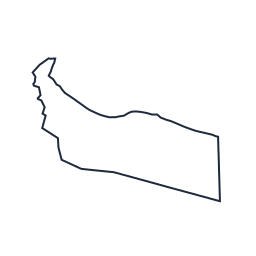 Faysal, As Suways, Egypt (Robinson projection), rotated 191°
{"feature_id": "37247803B30609980444918", "entity_name": "Faysal", "entity_type": "district", "adm_level": 2, "iso_a3": "EGY", "parent_name": "Egypt", "parent_adm1": "As Suways", "projection": "robinson", "projection_center": [32.277, 30.117], "detail": "fine", "context": "isolated", "style": "outline", "palette": "slate", "viewbox_px": 256, "rotation_deg": 191, "n_neighbors": 0, "source": "geoboundaries", "source_scale": "gbopen_adm2", "svg_char_len": 1165}
<svg xmlns="http://www.w3.org/2000/svg" viewBox="0 0 256 256"><g transform="rotate(191 128 128)"><path d="M232.2,164.3L228.7,160.7L228.3,155.3L229.4,153.1L228.4,151.6L223.2,151.0L220.1,143.5L222.3,140.0L221.9,139.3L218.3,138.5L213.8,132.5L214.6,125.8L211.2,124.5L212.2,111.6L194.9,104.7L192.5,95.5L187.3,84.6L187.0,84.1L186.6,84.0L167.0,79.2L165.8,79.0L152.1,80.2L133.5,81.9L87.0,78.4L74.4,77.4L24.0,73.7L23.8,73.7L30.0,101.4L30.4,103.1L32.4,112.2L36.3,129.3L37.9,136.6L40.2,136.7L44.3,137.5L49.1,137.7L54.8,137.9L60.6,138.1L65.2,138.7L69.0,139.3L73.7,140.1L80.6,141.6L86.9,142.9L92.8,143.5L98.0,144.5L101.9,146.8L107.0,145.8L112.7,146.3L118.8,146.2L123.3,145.8L127.2,144.8L129.5,143.5L132.0,141.4L134.2,139.4L136.8,138.4L139.2,137.6L142.0,136.3L148.3,135.0L153.5,135.2L158.7,135.8L164.2,137.1L169.0,138.3L172.8,139.8L177.7,142.1L182.6,144.3L186.2,146.0L190.9,148.0L196.6,150.4L199.9,153.0L202.9,156.0L206.4,157.1L208.5,159.3L210.9,161.7L213.9,163.0L215.8,164.2L214.5,168.8L214.2,172.4L213.3,176.7L212.9,177.6L212.7,182.3L214.0,182.1L217.0,181.2L219.2,181.2L224.5,175.6L226.9,173.1L227.6,171.9L232.2,164.3Z" fill="none" stroke="#1e293b" stroke-width="2"/></g></svg>